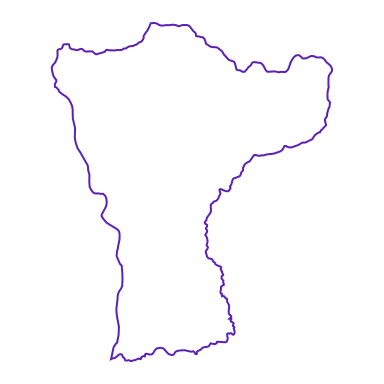 Olaya, Antioquia, Colombia
{"feature_id": "7082276B51610426990427", "entity_name": "Olaya", "entity_type": "district", "adm_level": 2, "iso_a3": "COL", "parent_name": "Colombia", "parent_adm1": "Antioquia", "projection": "albers", "projection_center": [-75.768, 6.602], "detail": "fine", "context": "isolated", "style": "outline", "palette": "violet", "viewbox_px": 384, "rotation_deg": 0, "n_neighbors": 0, "source": "geoboundaries", "source_scale": "gbopen_adm2", "svg_char_len": 5879}
<svg xmlns="http://www.w3.org/2000/svg" viewBox="0 0 384 384"><path d="M330.0,102.3L328.4,100.4L327.5,98.8L327.5,92.9L328.1,89.3L328.7,87.4L328.4,84.4L328.5,77.7L328.9,75.9L329.9,73.9L330.9,72.9L331.9,71.1L332.2,69.5L331.3,67.0L330.0,65.2L326.4,62.1L325.6,61.1L325.1,60.1L323.2,58.3L321.8,57.6L321.1,57.3L318.0,57.5L316.4,57.3L315.2,56.9L314.2,56.2L311.1,56.0L306.1,58.3L303.3,58.5L302.6,58.4L302.0,57.9L301.6,57.2L299.5,55.5L298.1,55.1L295.8,55.6L294.5,56.6L293.2,58.0L291.3,61.0L290.3,63.2L289.1,67.1L288.1,69.4L286.3,71.4L285.0,72.1L280.9,71.8L279.0,72.3L274.9,71.4L267.9,71.8L266.8,71.4L265.7,70.1L263.4,65.6L261.4,63.4L259.3,62.8L254.3,62.1L253.6,62.1L252.3,62.7L250.6,65.5L248.2,67.4L247.2,68.9L244.8,71.6L244.1,71.9L242.3,71.7L240.3,70.4L237.5,70.1L236.5,69.5L234.9,63.3L233.8,61.6L229.1,60.0L228.1,59.1L223.8,54.4L222.9,52.6L221.5,50.8L217.1,47.4L212.2,47.0L210.4,46.6L206.9,44.3L205.8,43.5L205.7,42.1L204.4,38.8L202.6,37.1L200.6,37.1L199.4,36.5L197.4,36.4L196.0,35.9L195.9,34.2L195.7,33.4L194.6,32.0L193.6,31.5L189.7,26.4L188.8,25.6L186.4,25.0L182.9,25.0L180.9,25.5L179.1,26.2L178.2,26.2L176.8,25.4L175.7,25.1L172.6,24.7L168.9,25.2L166.0,25.1L163.9,25.5L160.9,25.5L158.9,24.9L157.5,23.9L156.2,23.3L153.8,23.0L150.9,23.2L150.5,23.7L149.5,26.4L147.2,30.9L146.5,31.6L143.6,35.9L143.6,38.2L142.8,39.8L141.7,41.2L141.1,41.8L140.0,42.2L138.8,42.5L136.8,44.4L135.0,45.0L133.0,46.0L129.7,46.3L128.5,46.7L126.0,48.3L124.9,48.6L124.0,48.5L122.1,49.7L121.4,49.9L120.0,50.1L116.6,50.0L115.6,50.4L112.8,50.4L109.5,50.3L106.6,49.8L106.2,50.0L105.0,51.6L104.3,52.0L96.2,54.3L95.4,54.1L92.7,51.6L90.7,51.3L86.5,51.6L85.3,51.4L84.2,50.9L82.1,49.0L80.5,48.9L78.4,49.8L76.1,50.2L74.8,49.6L71.9,49.2L70.2,48.2L69.8,47.5L69.1,44.6L68.7,44.2L65.8,44.2L63.4,44.6L62.7,46.1L62.4,47.4L62.0,48.0L61.0,48.9L58.2,49.5L57.4,50.8L57.6,55.3L57.2,57.8L55.3,62.3L52.6,65.4L51.8,67.3L51.9,69.7L53.2,75.4L54.8,78.2L56.3,79.9L56.3,81.4L55.0,83.9L54.8,85.1L55.0,87.0L55.8,87.2L56.8,87.8L58.8,90.2L59.2,91.6L60.1,92.5L61.8,93.8L66.1,96.6L68.1,98.6L69.3,100.1L70.7,102.8L72.0,105.8L72.6,108.6L72.8,117.8L73.4,121.0L75.1,128.1L74.8,137.6L75.6,142.4L77.5,148.1L80.5,152.7L87.7,165.4L88.1,167.9L88.1,170.0L89.4,174.6L89.3,182.1L89.7,186.8L90.0,187.7L91.7,190.7L93.0,192.3L93.9,192.9L94.9,193.4L99.1,193.5L100.8,193.9L103.1,193.8L104.8,195.4L105.7,196.7L106.2,198.2L106.7,201.3L106.6,204.2L105.9,206.7L101.7,214.6L101.6,216.1L103.5,219.1L106.2,222.3L107.5,223.3L117.1,229.2L118.7,230.9L119.3,232.1L119.6,235.0L119.5,239.7L118.1,246.4L117.9,248.4L117.1,251.0L116.6,255.4L116.9,256.8L119.9,263.8L121.7,265.6L122.4,274.3L122.5,279.3L122.3,284.4L122.0,286.4L121.0,289.0L119.8,290.2L118.2,293.4L117.7,296.0L117.5,299.4L116.3,309.5L116.8,315.3L118.9,326.8L118.6,334.8L117.1,342.7L115.8,343.8L113.6,347.2L111.1,359.1L112.4,358.5L114.8,358.0L117.2,356.3L118.5,354.8L120.0,354.2L121.3,354.3L121.9,354.6L122.9,357.1L124.5,358.3L125.0,360.1L125.4,360.4L126.7,360.6L128.9,360.2L130.5,360.9L131.7,361.0L133.5,360.3L135.2,360.1L138.3,358.6L140.4,359.2L141.1,358.6L141.0,358.0L141.2,357.4L141.8,356.9L143.2,356.1L144.7,356.5L145.1,356.0L145.1,354.6L145.5,353.9L146.8,353.7L149.3,354.5L151.7,354.4L152.9,353.6L154.8,350.4L156.3,348.8L157.4,348.2L160.0,347.9L161.3,347.9L163.5,348.5L167.4,352.9L168.8,354.1L171.4,355.0L172.1,355.0L173.5,354.6L174.4,353.6L175.1,352.3L176.2,351.4L176.9,351.1L179.5,350.5L184.6,350.2L190.9,351.7L192.1,351.6L193.2,351.2L194.1,351.8L195.2,353.7L196.2,354.2L196.7,354.1L196.9,353.6L196.8,352.1L197.6,351.1L200.5,349.8L202.6,347.7L205.1,347.0L207.3,346.8L208.3,346.5L209.1,345.8L210.6,343.4L214.9,344.2L215.2,343.7L216.5,343.4L216.8,342.9L216.8,342.1L217.3,341.7L225.2,342.3L226.7,341.7L227.7,338.9L227.7,337.9L227.4,337.1L227.2,334.5L227.3,333.8L227.9,333.3L229.6,333.6L230.4,333.2L231.0,333.2L233.0,334.7L233.4,334.7L234.0,334.3L234.6,332.8L234.5,330.7L233.7,328.8L234.3,327.6L234.3,327.0L234.0,326.7L233.2,326.4L232.8,325.6L233.7,323.3L232.9,322.5L230.8,321.5L230.6,320.3L231.3,319.4L231.3,318.9L229.4,318.7L230.9,317.4L231.3,316.7L231.0,315.7L229.6,314.7L228.8,313.8L228.7,310.5L229.1,307.8L229.1,305.4L227.2,301.7L226.9,298.8L226.4,298.4L225.7,298.3L224.4,296.6L223.8,296.1L222.1,296.3L221.8,295.6L222.2,295.0L222.1,294.2L221.7,293.8L220.9,293.6L220.6,292.9L220.5,291.0L221.0,289.5L221.0,287.0L222.4,285.5L223.6,285.2L223.9,284.4L223.2,282.5L223.4,280.9L221.6,278.6L221.7,276.3L223.2,274.9L222.1,272.4L222.1,271.4L221.4,270.8L220.8,269.4L220.7,268.5L221.1,267.6L221.1,267.2L220.6,266.6L217.9,265.7L215.4,264.2L214.7,262.4L213.5,261.9L213.1,261.4L212.3,259.4L209.5,258.4L208.7,258.4L207.9,257.8L206.9,256.3L206.7,255.0L205.8,252.9L205.9,251.0L207.3,249.0L207.9,247.5L207.7,246.8L206.7,245.4L206.6,244.9L207.6,241.7L207.2,238.8L206.4,236.5L205.4,235.3L205.3,235.0L205.5,234.4L206.8,232.5L207.2,231.4L207.0,230.3L205.9,228.6L206.1,228.0L207.1,226.3L207.1,225.0L204.9,223.4L204.7,222.5L205.0,221.9L206.2,220.5L207.0,217.6L210.7,212.4L211.0,210.2L210.7,205.7L211.0,204.5L211.6,203.7L212.6,203.1L213.8,201.6L215.9,201.0L216.7,200.4L218.1,198.8L220.5,193.1L219.5,190.6L219.5,189.7L219.9,189.2L221.1,189.2L223.7,190.4L225.9,191.1L228.0,191.3L228.9,190.7L230.5,188.3L230.4,187.5L230.0,186.6L231.5,184.0L232.4,180.3L233.2,178.8L233.9,178.3L235.9,177.9L237.2,177.1L239.6,176.3L240.6,174.8L241.5,172.0L243.1,170.2L243.0,168.0L243.2,167.3L243.9,166.5L244.2,165.1L245.5,163.7L247.8,162.1L249.2,161.6L250.0,160.9L254.1,155.0L256.4,155.2L259.4,155.9L261.2,155.4L264.0,155.3L266.3,154.5L273.9,153.6L280.2,151.4L281.6,150.6L282.8,149.3L283.9,146.9L284.5,146.0L286.0,146.0L287.6,147.0L288.9,147.3L291.2,147.4L292.4,147.1L298.0,145.1L302.5,142.6L304.8,142.6L306.3,142.1L312.2,139.2L314.9,135.1L317.9,132.9L320.1,132.2L320.5,131.0L321.0,130.3L321.5,130.1L326.1,125.1L325.0,120.9L325.0,119.4L325.4,118.4L326.9,116.4L327.1,113.9L328.3,109.2L329.5,106.7L330.0,102.3Z" fill="none" stroke="#5b21b6" stroke-width="2"/></svg>